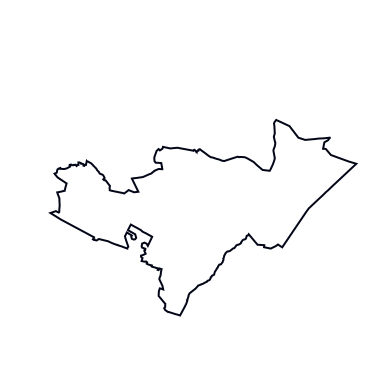 the district of Baltinavas pag., Baltinavas, Latvia, rotated 30°
{"feature_id": "27541924B38825642429303", "entity_name": "Baltinavas pag.", "entity_type": "district", "adm_level": 2, "iso_a3": "LVA", "parent_name": "Latvia", "parent_adm1": "Baltinavas", "projection": "orthographic", "projection_center": [27.586, 56.922], "detail": "fine", "context": "isolated", "style": "outline", "palette": "ink", "viewbox_px": 384, "rotation_deg": 30, "n_neighbors": 0, "source": "geoboundaries", "source_scale": "gbopen_adm2", "svg_char_len": 5676}
<svg xmlns="http://www.w3.org/2000/svg" viewBox="0 0 384 384"><g transform="rotate(30 192 192)"><path d="M133.2,210.4L145.4,218.6L142.0,221.2L136.2,222.0L134.3,226.6L134.0,227.2L132.9,227.4L121.6,231.2L119.9,231.6L119.2,230.5L119.0,230.2L118.6,229.8L117.9,227.8L111.3,225.1L110.0,225.7L109.8,225.6L109.5,225.6L108.9,225.4L109.1,225.0L109.1,224.2L109.3,223.8L109.3,223.5L106.7,221.9L105.0,221.8L104.3,222.0L103.0,222.2L102.8,222.1L102.0,221.7L101.3,221.2L99.1,220.6L97.8,219.8L96.7,219.4L94.6,218.8L93.5,218.6L92.7,218.2L91.4,217.9L90.9,217.7L90.4,217.6L86.7,217.7L85.9,218.0L85.7,217.9L85.4,217.8L86.6,221.6L85.0,222.3L85.5,223.3L84.9,223.5L83.9,222.3L83.4,222.3L82.0,222.9L81.8,222.5L79.6,222.7L78.9,223.2L79.1,223.4L79.6,224.7L80.1,225.3L79.1,226.2L79.3,226.6L79.0,227.2L77.8,226.6L77.5,226.6L77.3,226.7L76.9,227.3L75.9,227.7L75.6,228.3L74.3,228.9L73.9,228.6L73.6,228.7L72.5,229.7L72.5,229.9L72.5,230.0L73.7,231.0L71.7,234.2L70.0,235.9L66.5,237.7L66.4,237.7L65.9,237.1L64.7,238.5L64.9,238.8L64.3,239.5L64.3,240.3L65.2,242.9L64.7,243.7L63.8,244.8L64.8,245.3L68.4,246.6L79.1,247.3L80.2,251.6L80.7,253.2L80.8,254.2L80.9,254.4L81.1,254.6L77.6,257.9L75.5,259.7L75.9,260.0L76.0,260.2L80.3,263.8L82.5,267.3L82.8,267.8L84.2,269.9L85.4,272.6L86.1,274.0L86.9,275.4L87.1,276.0L86.7,276.5L83.7,276.6L79.9,281.0L92.3,281.4L129.8,280.2L129.9,282.1L130.2,281.9L131.0,281.8L131.1,282.5L133.7,281.6L134.8,279.3L144.0,276.6L147.8,276.3L151.1,275.8L151.8,275.7L153.7,275.2L153.7,275.3L156.7,274.7L158.2,274.3L160.3,274.0L164.2,273.3L164.0,272.9L164.2,271.2L159.4,267.1L157.8,265.6L156.1,263.9L155.8,259.6L161.7,259.8L161.6,260.9L163.3,262.6L165.3,262.3L166.4,261.4L166.6,259.6L163.9,257.0L155.6,257.1L155.3,250.8L160.5,250.7L161.9,250.6L167.1,250.6L169.1,251.1L172.9,250.8L179.9,250.7L180.7,260.7L178.7,259.5L176.2,259.6L174.6,261.6L175.6,264.3L176.5,265.1L180.0,264.5L180.4,265.5L179.8,265.7L180.1,266.8L182.7,268.6L181.7,270.2L180.8,271.4L179.7,272.5L180.1,273.4L181.2,274.0L182.2,274.0L182.9,277.0L186.2,275.9L186.9,275.1L188.4,275.4L188.6,276.7L190.3,276.7L193.9,275.7L194.0,276.6L194.6,276.7L201.0,275.1L201.2,276.6L202.1,276.4L202.1,274.5L203.7,274.2L204.2,274.0L204.8,275.7L204.8,276.0L206.4,279.7L206.8,282.1L207.1,283.6L207.4,283.9L213.4,288.1L215.8,290.8L213.9,291.1L212.3,291.6L213.0,294.7L215.1,298.7L224.4,302.1L224.7,302.1L226.3,305.1L226.0,306.5L227.7,307.6L229.8,307.8L231.3,307.9L231.4,307.7L231.6,307.6L238.9,306.0L241.8,305.2L243.4,304.9L243.1,294.7L242.9,291.9L242.7,290.6L242.3,288.5L241.7,288.1L241.9,287.4L241.5,286.3L241.5,285.9L241.1,284.1L240.7,283.2L240.6,280.8L241.3,279.1L241.9,277.6L242.1,277.1L242.3,276.6L242.7,275.6L242.8,275.4L242.9,275.2L243.0,274.8L243.0,274.7L243.3,274.3L243.3,274.1L243.4,273.7L243.6,272.8L243.7,272.6L243.9,271.4L244.0,271.0L244.1,270.8L244.1,270.6L244.0,270.3L244.0,270.1L244.6,269.5L244.8,269.2L245.2,268.7L245.3,268.6L245.4,268.4L245.8,267.9L245.9,267.7L246.0,267.7L246.6,266.9L246.9,266.5L247.2,266.3L248.4,264.2L249.0,263.3L249.8,262.3L249.8,262.0L249.8,261.4L249.8,261.2L250.2,260.7L250.6,260.4L251.2,259.4L251.3,257.7L250.9,256.6L250.9,256.3L251.2,255.9L251.3,255.6L251.3,255.4L251.1,254.7L251.3,254.3L252.4,252.7L252.5,252.5L252.4,252.2L251.8,250.2L251.7,249.7L251.9,246.3L251.8,246.0L251.8,245.4L251.8,245.2L252.1,244.4L252.0,244.1L251.8,243.6L251.8,243.3L251.9,241.9L251.9,241.3L252.0,241.1L252.6,240.8L252.9,240.6L253.1,240.2L253.3,239.9L253.3,239.2L253.6,237.2L253.3,236.5L253.2,235.2L253.0,234.6L252.6,234.2L252.4,234.1L252.4,233.6L252.2,232.3L251.9,231.4L251.7,231.0L251.8,229.4L251.6,228.5L251.6,228.4L252.2,226.3L252.4,225.9L252.5,225.7L253.8,224.7L254.3,224.2L255.8,220.4L256.0,220.1L256.4,219.8L256.6,219.6L256.7,219.3L256.8,219.0L256.9,218.1L257.0,217.0L257.1,216.3L257.1,216.1L257.8,215.0L258.7,214.3L259.4,213.1L260.0,212.0L260.0,211.8L259.7,211.0L259.7,210.7L259.9,209.9L259.9,208.6L260.0,208.4L260.3,207.8L260.6,207.3L261.4,206.7L261.5,206.6L262.0,205.5L262.0,205.3L261.9,205.0L261.4,203.0L261.3,202.6L261.5,202.3L262.2,201.6L262.3,201.4L262.4,201.1L262.3,200.9L262.2,200.4L262.2,200.2L275.1,204.9L281.2,201.9L282.0,203.8L288.5,201.6L291.7,196.8L292.7,194.5L297.8,194.8L300.8,153.1L301.3,147.9L304.7,136.6L307.1,128.7L308.2,124.7L308.9,122.8L310.6,116.9L320.2,85.4L312.1,87.3L299.6,89.5L293.8,90.5L286.3,87.8L283.9,89.0L283.4,87.5L281.8,82.8L282.6,81.4L283.9,79.2L284.2,77.0L284.3,76.2L284.1,76.1L279.2,79.7L275.1,82.3L271.4,85.1L270.3,85.8L269.1,86.7L266.5,88.5L264.0,90.3L257.0,91.8L243.5,86.2L228.9,87.5L228.6,89.9L228.7,91.6L229.7,92.8L230.5,93.9L234.5,100.0L234.5,100.3L235.3,103.3L238.8,107.1L239.2,107.4L239.3,107.4L239.9,108.4L240.3,109.3L240.7,110.4L241.0,111.8L241.3,113.9L241.6,114.9L241.9,115.6L242.5,116.3L246.3,120.7L246.8,121.4L247.0,121.8L247.1,122.2L247.4,123.3L248.1,126.8L248.3,128.4L248.7,132.8L248.7,133.5L248.7,134.8L242.1,137.6L234.4,136.2L232.1,135.6L230.5,135.2L223.5,135.2L220.7,135.4L219.9,135.7L216.5,137.4L215.1,138.4L214.6,138.4L213.9,138.6L211.7,141.0L204.4,149.1L202.3,149.9L199.9,150.2L198.0,150.6L196.8,151.0L192.6,151.8L190.8,152.5L190.5,152.5L187.7,152.3L183.3,151.7L180.0,151.4L177.4,151.0L176.5,152.1L177.0,152.8L177.0,153.0L176.2,153.6L176.0,153.9L176.0,154.3L176.2,155.0L176.0,154.9L175.5,154.9L175.1,155.1L174.4,154.6L173.4,154.3L173.2,154.2L172.8,154.3L172.6,154.6L172.5,155.6L172.4,155.6L157.2,161.0L151.3,165.2L144.3,167.4L144.8,169.3L143.4,172.0L141.6,171.5L140.8,174.1L141.8,179.7L142.2,181.2L144.1,184.0L145.8,184.8L150.9,182.3L154.8,186.9L154.9,187.1L151.7,188.7L151.5,188.9L149.0,192.2L149.1,192.3L147.8,195.2L147.8,195.8L147.7,196.0L146.9,197.1L146.4,197.6L142.0,203.6L137.7,207.0L133.4,210.2L133.2,210.4Z" fill="none" stroke="#020617" stroke-width="2"/></g></svg>